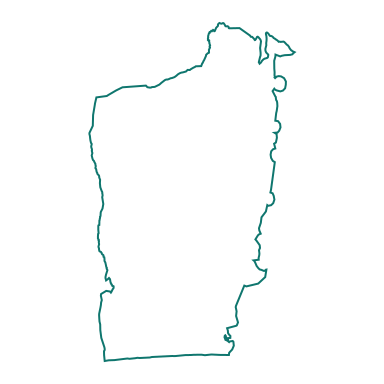 Ada West, Greater Accra, Ghana
{"feature_id": "2480657B39710750100206", "entity_name": "Ada West", "entity_type": "district", "adm_level": 2, "iso_a3": "GHA", "parent_name": "Ghana", "parent_adm1": "Greater Accra", "projection": "equal_earth", "projection_center": [0.418, 5.893], "detail": "fine", "context": "isolated", "style": "outline", "palette": "teal", "viewbox_px": 384, "rotation_deg": 0, "n_neighbors": 0, "source": "geoboundaries", "source_scale": "gbopen_adm2", "svg_char_len": 5781}
<svg xmlns="http://www.w3.org/2000/svg" viewBox="0 0 384 384"><path d="M294.6,52.2L292.3,51.1L291.7,50.5L291.1,50.2L289.7,48.4L289.1,47.1L288.0,45.5L286.6,44.5L286.2,44.0L284.4,42.1L283.6,41.6L280.5,41.9L279.7,41.6L278.7,41.8L277.7,40.7L276.1,39.5L275.6,39.4L275.3,39.0L274.8,38.6L273.6,38.0L273.2,37.3L272.7,36.9L271.8,36.2L270.9,35.9L270.2,36.0L269.4,35.2L268.5,33.8L267.7,33.0L267.0,32.5L266.6,32.5L266.2,32.8L265.9,33.6L266.0,34.6L266.4,36.1L266.6,38.7L266.5,40.8L266.2,43.1L266.3,45.3L265.4,48.8L265.4,50.2L265.6,51.1L266.2,52.5L267.0,53.4L267.8,54.1L268.3,54.9L267.9,57.2L267.4,57.8L265.4,58.5L264.7,58.6L263.4,59.4L262.1,60.7L260.9,62.6L259.6,63.7L258.8,62.2L260.1,56.8L260.5,55.8L260.6,54.6L260.6,52.8L260.1,48.0L261.0,41.4L260.7,40.3L260.2,39.3L258.4,37.2L257.7,36.7L257.1,36.9L256.7,37.6L256.0,38.9L255.2,40.0L254.9,40.1L254.6,39.8L254.1,38.9L252.2,36.9L250.9,36.8L250.5,36.4L250.2,35.7L239.5,28.1L229.2,28.3L228.8,28.1L228.7,27.8L228.6,27.0L228.4,26.8L227.8,26.3L227.4,26.2L226.1,26.4L225.5,26.2L224.7,24.7L223.8,23.4L223.4,23.1L222.8,23.1L222.5,23.3L221.6,23.7L221.2,23.7L219.4,23.0L218.2,24.1L217.9,24.9L218.0,25.6L217.8,26.1L216.2,27.7L214.8,31.0L214.5,31.2L214.2,31.2L213.6,30.2L213.1,29.9L211.9,31.3L211.7,31.3L211.2,30.9L210.4,31.8L209.7,32.0L209.6,33.0L208.9,33.3L208.3,35.6L208.1,36.0L208.2,37.7L208.0,37.9L207.9,38.8L208.0,39.3L207.9,40.1L208.1,40.3L208.4,39.9L208.6,39.9L208.9,40.3L209.2,40.5L209.2,40.9L209.0,41.4L209.1,41.7L209.4,42.3L209.3,43.0L210.1,45.4L210.1,45.6L209.7,46.0L209.6,46.4L209.6,46.8L210.0,47.4L209.9,47.9L209.6,48.2L209.1,49.5L208.9,50.0L209.0,51.1L208.9,52.1L209.0,52.5L208.8,52.9L207.6,53.3L207.2,53.8L206.2,54.7L205.9,56.1L204.2,59.9L203.7,60.8L203.5,61.0L203.2,61.8L202.5,63.2L202.2,63.4L201.2,66.1L195.8,66.3L194.7,67.1L193.5,67.6L190.8,69.2L189.8,70.0L187.6,69.9L186.0,71.5L182.8,72.4L181.4,72.6L180.0,73.1L178.1,74.2L176.3,75.8L174.5,77.1L172.1,78.0L170.5,78.3L168.6,79.2L167.5,79.5L166.3,79.5L164.9,80.1L161.3,82.9L159.4,84.6L155.1,86.7L154.6,86.9L151.9,87.1L150.9,87.6L149.6,87.6L147.4,87.2L145.9,85.6L122.5,87.3L116.2,90.4L108.5,94.9L106.8,96.0L96.4,97.4L94.9,103.9L94.9,104.3L93.1,115.0L92.8,125.8L89.5,132.8L89.4,133.7L89.5,134.4L89.9,135.9L90.1,137.9L90.4,140.3L91.0,142.9L91.5,143.5L91.7,144.0L91.6,144.7L91.3,145.8L91.2,146.6L91.4,147.7L91.9,149.0L92.0,149.9L91.8,150.6L92.0,151.0L91.9,151.7L92.3,152.7L92.4,153.0L91.7,155.5L92.5,158.7L93.0,160.0L94.0,161.0L94.4,162.1L95.4,163.9L95.4,164.9L95.8,166.0L95.4,168.0L95.6,168.5L95.9,168.7L96.2,169.4L96.6,171.8L96.9,172.3L97.2,172.7L97.3,173.7L98.3,174.9L98.9,175.4L99.2,176.5L99.2,177.4L100.1,179.8L99.9,183.2L100.3,187.3L101.7,191.1L102.1,191.7L102.3,192.4L102.2,193.1L102.4,193.7L102.5,194.5L102.6,195.4L102.4,196.4L102.2,197.1L103.3,204.0L102.5,208.6L100.9,211.8L100.7,212.6L100.5,216.0L100.0,216.8L100.1,217.7L99.7,219.1L99.7,219.9L99.6,220.2L99.4,220.5L99.3,225.0L98.5,225.3L98.3,225.9L98.3,229.8L98.6,233.2L98.5,233.5L98.1,233.9L97.9,237.1L98.0,237.6L97.9,238.3L98.1,238.8L98.8,239.7L98.8,239.9L98.5,240.2L98.7,240.6L98.9,240.8L99.0,241.2L98.8,241.7L98.8,242.4L99.1,244.2L98.5,246.4L98.5,246.9L98.7,247.8L99.0,248.2L99.0,249.2L99.3,250.9L99.7,251.4L100.9,251.9L101.4,252.8L101.7,253.0L101.9,253.9L102.2,254.3L102.7,254.7L103.0,254.8L103.4,255.2L103.5,255.5L103.5,256.8L104.3,257.3L104.5,259.3L104.5,260.9L104.8,261.6L105.3,262.3L106.1,265.9L106.2,266.8L106.8,267.8L106.6,268.3L106.8,268.6L106.8,269.1L107.3,269.8L107.4,270.2L106.0,274.7L105.5,277.0L105.5,278.1L106.1,280.4L108.7,278.5L108.7,278.3L109.0,278.0L110.0,279.2L110.4,281.6L110.7,282.9L110.9,283.0L111.4,284.4L111.8,284.5L112.3,285.9L112.6,286.0L113.3,286.1L113.6,286.3L113.6,287.9L113.3,288.5L112.7,289.2L111.5,291.7L110.9,292.6L110.0,291.5L106.2,290.9L101.1,294.0L100.9,295.4L100.9,295.9L101.1,296.8L101.8,300.1L101.1,302.6L100.9,305.0L100.4,307.8L99.2,313.6L99.1,315.0L99.3,318.7L99.5,321.5L100.2,324.5L100.3,330.1L101.3,337.9L104.4,347.3L104.7,349.0L104.7,349.5L104.5,350.5L104.0,351.1L104.1,355.2L104.7,361.0L108.8,360.3L114.4,360.1L127.4,358.5L129.5,358.8L135.3,358.2L137.3,357.8L139.7,358.0L149.9,357.5L151.9,357.0L172.1,356.0L174.9,356.1L185.2,355.1L190.9,355.0L193.7,354.8L201.5,354.7L204.9,355.2L211.4,354.5L219.5,354.9L228.9,355.0L229.2,352.7L232.2,349.5L233.8,345.7L233.4,341.8L232.7,341.0L229.6,341.5L229.1,342.1L227.7,340.9L226.2,340.1L225.5,339.9L224.5,337.2L224.8,335.7L225.3,335.3L225.9,336.2L225.9,337.4L228.1,339.1L228.2,338.1L230.3,337.9L230.4,336.0L228.9,334.4L228.0,333.0L227.9,330.7L227.1,328.2L236.1,325.8L236.8,325.4L238.0,322.4L236.1,316.0L236.6,311.3L235.7,307.1L236.0,305.8L244.3,285.6L246.4,286.4L258.2,283.6L265.2,277.1L266.4,269.6L265.9,269.7L265.5,270.4L265.1,270.4L264.4,270.9L263.8,270.9L261.5,269.9L259.6,269.4L258.2,268.0L256.6,265.9L255.6,263.5L254.5,261.2L253.6,260.4L258.7,259.7L258.6,258.0L259.3,255.0L259.4,253.3L259.0,250.2L260.0,248.0L259.7,245.2L256.5,240.7L255.4,239.4L257.9,235.4L258.8,234.5L260.7,233.7L259.3,230.4L259.0,228.2L260.8,222.9L261.5,217.3L265.9,211.5L267.3,205.1L268.2,205.8L271.1,205.2L273.2,203.2L274.4,199.6L273.7,195.8L272.6,193.3L270.4,192.5L271.0,189.9L274.8,162.1L272.8,160.9L271.1,157.9L270.6,154.7L271.2,151.3L273.1,149.2L275.3,148.5L274.1,143.7L275.9,142.5L276.9,137.8L276.6,134.1L274.6,132.8L277.6,132.5L279.2,130.7L280.5,127.4L280.1,123.9L278.1,121.2L275.3,120.7L276.2,113.0L276.7,111.0L277.4,106.1L277.2,102.7L276.9,101.2L276.2,100.1L275.9,98.6L275.8,97.0L275.3,96.4L272.6,91.1L274.3,88.7L275.0,89.6L276.6,90.4L280.3,91.4L282.9,90.6L285.1,88.3L285.8,84.7L285.9,81.5L284.1,78.2L281.1,76.4L278.7,76.1L276.7,76.6L275.1,78.1L274.5,77.4L274.9,76.5L274.5,75.3L274.6,72.3L274.3,68.6L274.2,60.8L275.4,56.5L275.5,54.6L280.2,56.4L281.7,55.8L284.6,55.2L290.1,54.9L292.4,54.3L293.3,53.2L294.6,52.2Z" fill="none" stroke="#0f766e" stroke-width="2"/></svg>